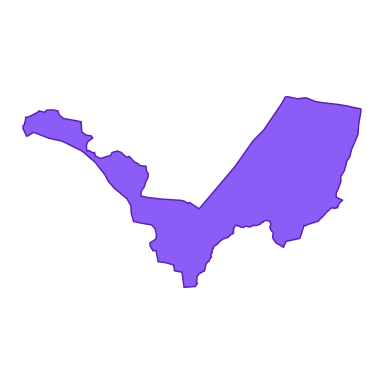 Las Piedras, Canelones, Uruguay (Albers equal-area conic projection)
{"feature_id": "84410073B22027512889632", "entity_name": "Las Piedras", "entity_type": "district", "adm_level": 2, "iso_a3": "URY", "parent_name": "Uruguay", "parent_adm1": "Canelones", "projection": "albers", "projection_center": [-56.195, -34.707], "detail": "fine", "context": "isolated", "style": "filled", "palette": "violet", "viewbox_px": 384, "rotation_deg": 0, "n_neighbors": 0, "source": "geoboundaries", "source_scale": "gbopen_adm2", "svg_char_len": 5907}
<svg xmlns="http://www.w3.org/2000/svg" viewBox="0 0 384 384"><path d="M342.5,200.2L338.3,198.2L336.2,197.0L336.2,193.2L338.0,189.4L340.9,181.5L340.8,176.3L344.2,170.9L345.5,166.6L346.7,161.4L349.8,156.8L351.5,149.7L358.0,134.4L358.7,124.4L361.0,111.0L360.7,108.8L354.7,107.7L346.8,105.9L337.7,104.4L325.1,103.0L315.8,101.7L305.8,97.7L297.9,98.8L287.4,96.7L285.2,97.0L283.6,100.2L281.0,104.6L263.6,130.2L253.3,140.5L234.7,166.9L199.2,208.8L189.8,202.7L188.1,202.7L187.5,203.6L185.1,201.5L181.4,200.4L161.6,199.1L147.6,197.5L140.6,195.9L141.5,190.7L143.9,187.5L146.1,181.2L147.9,177.7L148.2,173.4L146.6,171.4L146.0,166.2L140.3,165.7L137.9,163.7L134.2,161.9L131.5,158.8L129.2,156.4L126.7,157.3L123.4,154.7L121.3,152.5L117.4,151.0L112.0,152.6L110.7,155.4L100.3,158.5L95.4,155.9L94.5,152.5L92.9,152.9L88.9,150.5L87.1,150.9L86.6,148.8L86.4,146.1L87.3,142.2L92.7,138.0L91.2,135.9L85.8,135.0L81.8,131.9L81.1,121.7L63.4,118.4L59.2,114.8L57.9,110.9L52.8,109.9L46.9,110.1L44.2,112.3L41.9,111.6L39.1,110.9L36.9,112.7L34.2,114.1L30.3,116.1L27.6,117.2L25.6,117.3L25.6,119.2L25.3,121.1L24.7,122.8L24.1,125.3L23.3,125.4L23.0,126.8L23.0,128.5L23.8,130.2L26.6,136.1L27.5,136.0L33.7,132.3L49.0,138.3L62.2,141.2L81.9,151.0L94.9,162.0L105.1,175.0L108.5,181.6L114.3,188.2L126.8,198.6L130.8,205.5L131.3,213.2L133.5,221.4L138.0,222.5L144.9,223.8L151.9,225.0L155.2,229.1L156.4,234.1L156.1,238.8L154.1,240.3L149.9,242.9L150.2,246.0L152.9,250.7L156.1,250.7L157.1,256.2L158.2,261.7L166.3,262.8L173.6,265.0L174.5,270.8L182.0,272.2L182.8,278.2L184.1,287.3L195.3,286.5L195.7,285.7L196.0,285.1L196.4,284.9L196.8,284.4L197.0,284.0L197.2,283.6L197.2,283.3L197.2,283.0L196.7,282.5L196.6,282.2L196.5,281.9L196.8,281.0L196.9,279.8L197.0,279.1L196.9,278.4L197.0,277.9L196.9,277.1L197.0,276.4L197.2,276.0L197.6,275.8L198.0,275.5L198.4,275.1L198.5,274.7L198.8,274.0L199.1,273.8L199.3,273.5L200.0,273.2L200.3,272.9L201.6,272.5L202.0,272.2L202.1,271.9L202.5,271.6L202.9,271.4L203.3,271.4L203.7,271.3L204.1,271.1L204.5,270.8L204.6,270.4L204.6,270.1L204.7,269.6L204.7,269.3L204.8,268.9L205.0,268.6L205.1,268.2L205.2,267.6L205.3,266.9L205.4,266.6L205.5,266.1L205.7,265.6L205.8,265.3L205.8,264.5L206.0,263.9L206.3,263.6L206.7,263.4L206.8,263.2L206.9,262.7L207.0,262.5L207.1,262.3L207.9,261.6L208.0,261.6L208.5,261.6L208.8,261.5L209.2,260.7L209.4,260.2L209.7,259.4L209.9,258.9L210.1,258.6L210.2,258.4L210.5,258.2L210.8,257.6L211.2,257.4L211.3,257.1L211.4,256.8L211.4,256.6L211.1,256.3L211.0,255.7L211.1,255.4L211.0,255.1L210.7,254.8L210.7,254.6L210.7,254.3L210.8,254.2L211.0,254.0L211.2,253.5L211.5,253.3L212.0,253.0L212.1,252.7L212.1,252.2L212.3,252.0L212.3,251.8L212.3,251.6L212.2,251.3L212.1,250.9L212.0,250.6L212.2,250.2L212.5,249.9L212.7,249.6L212.8,249.3L213.2,248.5L213.3,248.1L213.4,247.9L213.4,247.6L213.5,247.3L213.6,247.2L213.7,246.9L214.3,246.1L214.7,245.8L214.9,245.6L215.8,245.1L216.1,245.0L216.6,244.7L216.8,244.4L217.2,244.0L217.5,243.8L217.7,243.7L218.0,243.5L218.3,243.2L218.6,242.8L219.1,241.9L219.5,241.5L219.8,241.2L220.6,240.7L221.4,240.3L221.6,239.9L222.3,239.6L222.5,239.3L222.6,239.0L222.8,238.9L223.3,238.7L223.5,238.7L223.8,238.8L224.0,238.7L224.5,238.7L224.9,238.3L225.2,238.1L225.4,238.0L225.6,238.0L226.1,238.0L226.9,237.8L227.2,237.5L227.4,237.5L227.7,237.4L227.9,237.3L228.3,237.2L228.7,236.8L228.7,236.6L228.8,236.4L229.1,236.3L229.1,236.1L229.4,235.9L230.3,235.3L230.4,235.0L230.6,234.9L231.0,234.4L231.3,234.1L231.7,234.1L231.9,234.0L232.2,233.8L232.7,233.7L232.8,233.8L233.0,233.6L233.3,233.3L233.3,233.2L233.2,232.6L233.2,232.4L233.4,232.3L233.1,231.9L233.2,231.7L233.1,231.4L233.6,230.9L233.7,230.7L233.7,230.4L233.6,230.0L233.5,229.4L233.5,229.1L233.6,228.9L233.8,228.8L233.9,228.6L233.9,228.2L234.0,227.6L234.7,226.6L235.1,226.0L235.3,226.0L236.3,225.1L236.6,225.0L236.8,225.1L237.1,225.3L237.3,225.6L237.7,225.6L237.7,225.8L237.9,226.0L238.1,226.1L239.1,226.1L239.3,226.2L239.8,226.4L240.1,226.7L240.6,226.9L240.9,227.1L241.5,227.1L241.9,227.1L242.3,227.3L242.6,227.3L243.1,227.4L243.4,227.5L243.7,227.4L244.1,227.0L244.3,226.7L245.0,226.4L245.3,226.4L245.6,226.3L246.5,226.2L246.8,226.3L247.3,226.5L247.8,226.7L248.9,227.0L249.9,226.9L250.3,226.8L250.3,226.7L250.5,226.6L250.9,226.5L251.4,226.2L251.8,226.1L252.2,226.0L252.6,225.9L252.8,225.7L253.0,225.5L253.3,225.6L254.1,225.4L254.4,225.4L255.1,225.6L255.5,225.5L256.5,225.5L257.1,225.3L258.2,224.9L258.8,224.7L259.7,224.3L260.1,224.2L260.4,223.9L261.0,223.4L261.3,223.0L261.7,222.5L262.0,222.3L262.3,222.4L262.8,222.5L263.0,222.3L263.6,221.5L263.9,221.1L264.3,220.7L265.6,220.7L266.3,220.6L268.1,220.6L268.5,220.7L268.9,221.0L269.8,221.7L270.4,222.2L270.3,222.5L270.4,222.8L270.5,223.3L270.7,223.7L270.8,224.1L270.7,224.6L270.6,225.0L270.4,225.4L270.2,226.2L270.1,226.8L270.0,227.3L270.0,227.9L270.7,229.3L271.3,230.7L271.7,231.1L272.7,231.9L272.9,232.3L273.1,233.2L273.1,233.5L273.1,234.2L273.0,234.9L272.9,235.2L272.9,235.5L272.7,235.7L272.6,236.1L272.7,236.4L272.7,237.1L272.9,237.7L272.9,238.0L273.0,238.4L273.1,238.5L273.2,238.8L273.4,239.2L274.2,240.3L274.8,241.1L275.4,242.2L275.7,242.5L277.3,243.6L283.5,247.3L283.7,246.8L285.6,242.3L286.1,241.4L299.8,238.4L302.9,229.1L304.0,225.4L304.6,225.7L305.2,225.9L305.7,225.7L307.0,224.9L308.6,224.1L309.3,224.0L311.8,223.3L312.3,222.8L312.9,222.5L313.4,222.4L313.5,222.7L313.9,222.7L314.4,222.7L314.8,222.5L315.1,222.1L315.4,222.0L316.5,221.8L317.9,221.3L318.5,220.8L320.3,218.8L321.7,217.5L322.4,216.9L323.2,216.1L323.8,215.5L324.5,214.7L325.2,214.0L325.6,213.3L326.8,211.9L327.2,211.6L327.8,211.3L328.6,210.3L329.4,209.7L330.2,209.1L330.7,208.5L331.3,208.0L331.8,208.1L332.2,207.9L332.4,207.7L332.7,207.6L333.1,208.1L333.4,208.2L333.6,208.2L333.9,208.1L334.0,208.0L334.6,208.4L334.9,208.5L335.0,208.4L335.3,208.2L335.6,208.1L335.7,207.8L336.0,207.7L336.2,207.8L336.4,207.7L336.8,207.4L337.1,207.4L337.3,207.5L337.5,207.7L339.0,203.6L342.5,200.2Z" fill="#8b5cf6" stroke="#5b21b6" stroke-width="1.5"/></svg>